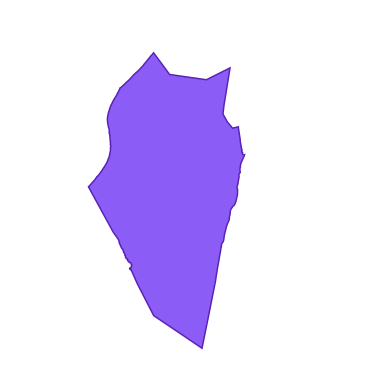 the district of Skaftárhreppur, Suðurland, Iceland, rotated 149°
{"feature_id": "244011B24957701647142", "entity_name": "Skaftárhreppur", "entity_type": "district", "adm_level": 2, "iso_a3": "ISL", "parent_name": "Iceland", "parent_adm1": "Suðurland", "projection": "mercator", "projection_center": [-18.128, 64.02], "detail": "fine", "context": "isolated", "style": "filled", "palette": "violet", "viewbox_px": 384, "rotation_deg": 149, "n_neighbors": 0, "source": "geoboundaries", "source_scale": "gbopen_adm2", "svg_char_len": 5458}
<svg xmlns="http://www.w3.org/2000/svg" viewBox="0 0 384 384"><g transform="rotate(149 192 192)"><path d="M263.9,52.9L243.7,75.0L217.5,103.8L214.2,107.9L212.3,110.1L209.9,113.0L207.7,115.5L199.9,124.5L197.7,126.9L196.4,128.7L195.1,129.9L193.1,132.5L191.7,132.9L191.3,133.1L190.2,133.9L189.3,134.8L188.4,136.0L187.4,137.2L185.9,139.0L185.5,139.4L182.9,141.9L182.7,142.2L182.3,142.6L180.5,144.3L179.4,145.4L178.5,146.1L176.0,147.9L174.8,148.7L174.2,149.3L173.9,149.6L173.5,150.2L173.1,151.0L172.4,151.8L170.7,153.4L170.3,154.0L170.0,154.6L169.8,154.8L169.3,155.5L168.7,156.0L168.0,156.9L167.5,157.2L166.3,157.7L165.1,158.3L164.1,158.7L163.1,158.9L162.6,158.9L162.3,159.1L161.0,159.9L158.9,161.6L157.1,163.5L155.9,164.8L155.3,165.4L154.7,165.9L154.2,166.6L151.8,170.4L151.4,171.3L151.3,171.6L151.3,171.9L151.2,172.6L151.1,172.8L150.9,173.1L150.4,173.6L149.6,174.2L149.0,174.8L147.3,176.7L146.2,178.1L145.2,179.1L144.7,179.8L144.1,180.4L143.6,181.2L143.4,181.5L143.3,181.8L143.1,182.4L142.8,182.7L142.4,183.1L141.9,183.4L141.0,183.7L140.8,183.8L140.6,183.9L140.5,184.1L140.3,184.4L140.1,185.0L139.8,185.7L139.4,186.5L138.7,187.5L138.1,188.2L137.8,188.4L137.6,188.6L137.3,189.2L136.9,189.6L136.5,190.2L136.3,190.5L133.9,192.4L132.4,193.5L129.0,195.8L128.5,196.1L128.2,196.5L127.9,196.8L128.0,196.8L128.3,197.0L128.7,197.3L128.9,197.6L129.1,197.9L129.1,198.3L128.9,198.6L129.0,198.7L128.9,198.8L128.8,199.0L128.8,199.3L128.7,199.5L128.4,199.7L128.5,199.9L128.5,200.0L128.5,200.3L128.8,200.6L128.8,200.9L128.7,201.1L128.3,201.2L128.2,201.2L128.1,201.3L128.1,201.5L127.9,201.8L127.6,202.1L127.5,202.3L127.4,202.5L127.5,202.7L127.4,202.8L127.4,203.1L124.6,210.4L123.4,212.8L119.5,222.4L118.7,224.0L119.3,224.2L124.4,225.9L125.6,234.0L125.3,242.9L119.8,250.0L116.5,253.9L112.0,259.2L95.5,278.8L121.8,280.8L136.1,292.4L150.7,304.3L151.1,309.1L153.2,331.1L153.9,330.9L155.1,330.4L155.8,330.2L157.7,329.7L159.3,329.0L161.7,328.2L163.2,327.6L165.5,326.8L167.1,326.3L169.0,325.4L170.2,325.2L172.7,324.4L175.4,323.7L176.0,323.6L176.7,323.4L177.9,323.2L178.2,323.2L182.2,322.3L182.8,322.1L183.1,322.0L183.8,321.8L186.0,321.1L188.1,320.5L192.3,319.7L194.2,319.2L194.9,319.0L195.7,319.0L196.6,318.7L197.2,318.5L197.7,318.5L198.9,318.2L199.2,318.1L199.7,318.3L200.0,318.3L200.4,318.0L200.6,317.9L201.3,317.2L202.7,316.4L203.2,316.0L203.5,315.9L204.1,315.4L204.8,315.2L205.0,315.0L205.5,314.7L206.9,313.7L207.7,313.3L208.6,312.9L209.3,312.5L211.3,311.5L212.2,310.9L212.5,310.8L214.5,309.5L214.8,309.3L215.7,308.7L217.5,307.6L218.0,307.1L218.3,306.9L218.5,306.8L219.0,306.3L219.4,306.0L219.6,305.8L220.1,305.3L221.9,303.8L223.2,302.6L226.3,299.1L227.5,297.2L227.7,296.6L228.2,295.7L228.4,295.4L228.6,295.0L229.0,293.9L229.3,292.9L229.9,291.6L230.1,290.7L230.3,290.2L230.3,289.9L230.8,288.3L231.1,287.8L231.4,287.2L231.7,286.5L232.1,285.9L232.2,285.7L232.4,285.4L232.5,285.4L232.5,285.0L232.7,284.6L232.8,284.3L232.9,283.7L233.0,283.5L233.0,283.4L233.2,283.2L233.3,282.7L233.8,281.9L234.5,280.5L234.6,280.3L234.7,280.1L234.9,279.6L235.0,279.4L235.2,278.9L235.6,278.2L235.7,277.9L236.1,277.3L236.1,277.0L236.2,276.9L237.2,275.0L237.4,274.9L237.5,274.7L237.5,274.3L237.6,274.2L237.8,273.8L238.0,273.7L237.9,273.3L237.9,273.2L238.2,272.6L238.3,272.4L239.0,272.1L239.2,271.8L240.1,270.2L240.7,269.3L240.9,269.1L241.7,268.3L242.9,266.9L244.0,265.9L244.5,265.3L244.6,265.0L244.6,264.7L245.1,264.6L245.4,264.4L246.7,263.5L247.7,262.7L248.7,261.9L249.5,261.3L250.8,260.5L252.5,259.6L253.7,259.0L254.4,258.7L254.5,258.6L254.9,258.3L254.9,258.2L255.5,258.2L255.9,258.0L257.5,257.1L260.2,255.9L262.3,255.0L263.1,254.7L265.2,254.1L265.9,254.0L266.2,253.7L266.3,253.6L267.0,253.5L268.1,252.9L268.9,252.6L270.8,252.0L271.4,251.6L272.0,251.7L272.4,251.5L273.0,251.3L273.8,251.0L274.0,250.9L274.3,250.9L275.5,250.5L277.6,249.9L278.1,249.8L280.2,198.2L279.6,189.5L279.7,188.7L279.7,188.1L279.9,187.4L280.3,186.7L280.4,186.2L280.5,185.8L280.6,185.7L280.5,185.0L280.6,184.9L280.8,184.4L280.8,184.1L280.8,183.7L280.8,183.3L280.8,183.1L280.8,182.9L280.8,182.7L281.0,182.4L280.9,182.0L280.8,181.9L281.2,181.1L281.2,180.9L281.2,180.7L281.2,180.3L281.2,180.2L281.2,179.9L281.2,179.7L281.1,179.4L281.0,179.1L281.0,178.9L281.1,178.5L281.1,178.2L281.0,177.9L280.9,177.8L280.9,177.6L281.0,177.3L281.0,177.2L281.1,176.9L281.1,176.7L281.3,176.5L281.6,176.1L281.7,175.9L281.7,175.6L281.4,175.2L281.3,174.8L281.3,174.5L281.4,174.4L281.6,174.2L281.7,173.9L281.7,173.6L281.7,173.4L282.0,172.7L282.1,172.4L281.9,172.1L281.9,171.9L281.9,171.7L282.0,171.3L282.1,171.1L282.3,170.9L282.4,170.7L282.5,170.6L282.4,170.5L282.4,170.4L282.6,170.0L282.6,169.9L282.6,169.7L282.6,169.4L282.6,169.0L282.6,168.9L282.5,168.3L282.4,168.2L281.9,168.0L281.8,167.9L281.9,167.6L282.0,167.1L282.2,166.9L282.3,166.7L282.4,166.4L282.5,166.2L282.3,165.7L282.3,165.4L282.3,165.2L282.1,165.1L282.1,164.9L282.1,164.6L282.0,164.4L282.0,164.2L281.9,164.1L281.8,163.9L281.7,163.8L281.8,163.7L281.6,163.4L281.3,163.3L281.2,163.2L280.9,162.9L280.8,162.7L281.0,162.4L281.1,162.2L281.2,161.8L281.2,161.6L281.2,161.4L281.1,161.1L281.4,160.7L281.3,160.3L281.4,160.2L282.0,160.0L282.0,159.9L282.1,159.7L282.3,159.4L282.3,159.2L282.5,159.2L282.8,158.8L283.0,158.7L283.4,158.4L283.5,158.5L283.6,158.4L283.6,158.6L283.9,158.7L284.2,158.9L284.4,158.9L284.7,158.8L284.9,158.5L285.0,158.3L285.0,158.0L285.0,157.8L284.9,157.5L284.8,157.2L284.3,156.4L286.1,141.9L288.5,105.7L276.5,80.0L263.9,52.9Z" fill="#8b5cf6" stroke="#5b21b6" stroke-width="1.5"/></g></svg>